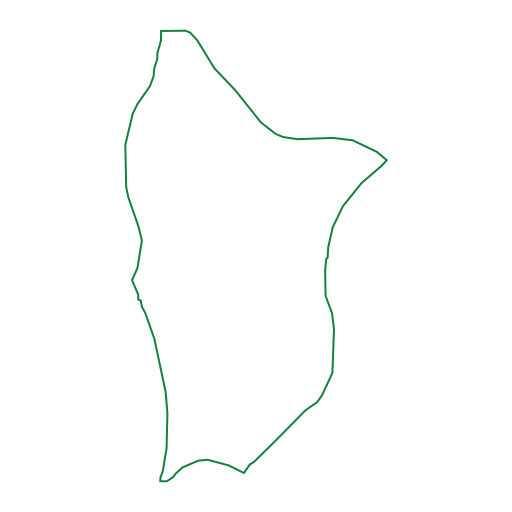 outline of San Juan Atitán, Huehuetenango, Guatemala
{"feature_id": "79465075B84828217033389", "entity_name": "San Juan Atitán", "entity_type": "district", "adm_level": 2, "iso_a3": "GTM", "parent_name": "Guatemala", "parent_adm1": "Huehuetenango", "projection": "robinson", "projection_center": [-91.627, 15.473], "detail": "fine", "context": "isolated", "style": "outline", "palette": "green", "viewbox_px": 512, "rotation_deg": 0, "n_neighbors": 0, "source": "geoboundaries", "source_scale": "gbopen_adm2", "svg_char_len": 967}
<svg xmlns="http://www.w3.org/2000/svg" viewBox="0 0 512 512"><path d="M386.7,160.2L376.9,151.9L352.7,140.3L332.9,137.9L297.5,139.2L282.9,137.0L275.4,133.8L261.0,122.5L235.5,90.5L214.4,68.3L197.4,40.5L190.1,32.6L185.6,30.7L161.1,31.0L161.0,40.5L157.4,53.1L157.3,58.8L154.2,68.8L153.6,76.1L149.9,86.2L137.5,104.0L132.7,113.8L125.3,144.9L126.2,187.0L128.1,196.6L138.6,226.9L141.9,240.6L137.4,268.2L132.0,280.1L138.1,294.3L138.3,299.4L140.7,300.6L141.9,306.8L145.3,313.1L154.4,338.9L165.7,392.3L167.4,413.3L166.6,448.1L162.8,471.1L160.4,477.6L160.3,481.2L166.7,481.3L173.1,477.1L175.2,474.1L182.5,467.4L198.5,460.6L207.6,459.8L228.7,465.4L243.9,473.0L249.8,464.5L253.6,462.3L271.7,444.5L279.0,437.2L295.5,420.5L305.4,410.3L317.2,402.1L321.7,395.8L329.6,379.1L332.4,372.8L334.0,329.6L332.1,313.4L325.6,295.9L325.1,270.5L326.3,258.7L327.6,257.7L328.2,247.5L332.6,227.6L342.9,206.2L361.5,183.1L381.8,165.6L386.7,160.2Z" fill="none" stroke="#15803d" stroke-width="2"/></svg>